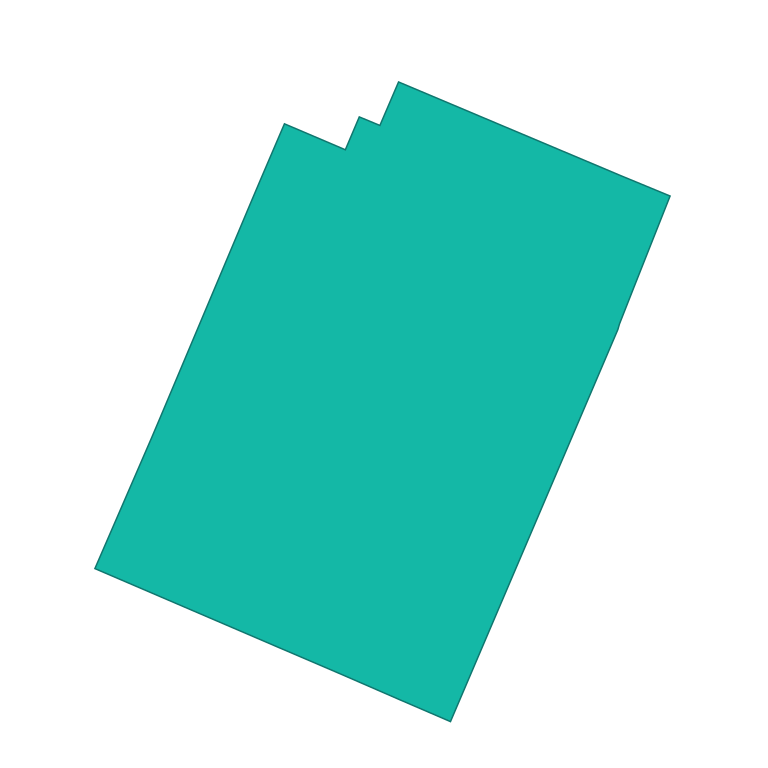 Clinton, Indiana, United States of America, rotated 293°
{"feature_id": "52423323B28494216469443", "entity_name": "Clinton", "entity_type": "district", "adm_level": 2, "iso_a3": "USA", "parent_name": "United States of America", "parent_adm1": "Indiana", "projection": "robinson", "projection_center": [-86.427, 40.305], "detail": "fine", "context": "isolated", "style": "filled", "palette": "teal", "viewbox_px": 768, "rotation_deg": 293, "n_neighbors": 0, "source": "geoboundaries", "source_scale": "gbopen_adm2", "svg_char_len": 409}
<svg xmlns="http://www.w3.org/2000/svg" viewBox="0 0 768 768"><g transform="rotate(293 384 384)"><path d="M668.3,520.4L667.7,279.4L620.4,279.2L620.2,256.9L584.5,256.9L584.6,190.7L524.9,190.5L501.1,190.5L265.7,191.1L243.8,191.1L101.1,190.0L100.3,390.0L100.1,455.6L99.5,522.6L99.2,577.1L525.5,578.0L531.3,577.3L573.1,576.2L668.8,573.9L668.3,520.4Z" fill="#14b8a6" stroke="#0f766e" stroke-width="1.5"/></g></svg>